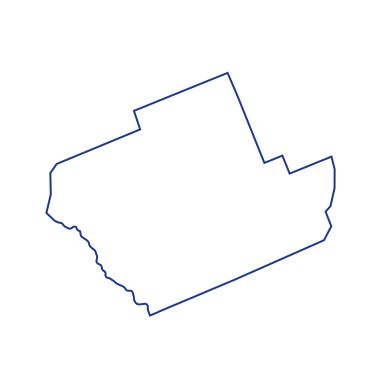 Jackson, Florida, United States of America (orthographic projection), rotated 157°
{"feature_id": "52423323B29299909449407", "entity_name": "Jackson", "entity_type": "district", "adm_level": 2, "iso_a3": "USA", "parent_name": "United States of America", "parent_adm1": "Florida", "projection": "orthographic", "projection_center": [-85.035, 30.783], "detail": "fine", "context": "isolated", "style": "outline", "palette": "blue", "viewbox_px": 384, "rotation_deg": 157, "n_neighbors": 0, "source": "geoboundaries", "source_scale": "gbopen_adm2", "svg_char_len": 1494}
<svg xmlns="http://www.w3.org/2000/svg" viewBox="0 0 384 384"><g transform="rotate(157 192 192)"><path d="M89.2,96.1L77.2,106.0L76.7,121.7L70.0,124.9L59.3,139.8L51.8,157.2L49.8,170.1L94.9,170.8L94.6,190.2L114.0,190.5L112.6,262.2L112.7,287.7L132.2,288.1L213.7,289.4L215.3,269.9L305.6,270.7L315.0,264.8L322.9,245.0L334.2,229.6L331.6,223.7L329.6,219.1L327.4,216.6L324.2,214.3L323.7,213.3L322.8,210.2L319.5,206.3L318.9,206.0L317.9,205.7L316.8,205.8L315.6,206.3L313.7,206.1L312.8,205.6L312.5,205.0L312.2,201.6L310.3,199.5L311.1,196.7L311.3,195.0L311.1,194.0L307.7,188.7L307.1,187.4L306.8,185.5L307.2,183.0L307.1,182.0L306.1,179.6L304.4,176.6L304.1,175.1L304.3,173.3L304.4,170.5L304.8,169.1L305.7,167.5L306.7,166.3L307.1,165.3L307.1,164.5L306.9,163.4L306.4,162.5L305.2,161.3L304.4,160.0L304.4,158.2L304.7,157.2L304.9,156.0L304.7,155.1L304.2,154.1L303.4,152.8L303.2,151.7L303.5,150.4L304.3,149.2L304.3,147.5L303.8,146.5L303.3,146.1L302.6,145.6L302.1,145.2L301.6,144.8L298.9,140.8L297.9,138.6L296.4,136.3L292.3,132.0L291.3,129.9L290.7,127.1L289.1,125.9L287.0,125.1L286.1,124.1L285.9,123.2L286.1,120.7L286.4,118.7L287.4,115.3L287.4,113.3L287.2,112.3L286.3,110.4L285.4,109.6L284.2,109.0L280.5,107.9L279.7,107.8L278.1,106.9L277.6,106.3L277.3,105.3L277.3,104.1L278.6,100.9L278.9,96.4L278.9,94.7L278.7,94.7L270.4,94.7L269.1,94.8L268.1,94.8L267.7,94.8L259.7,94.8L258.6,94.8L257.6,94.8L223.8,94.7L221.4,94.6L220.5,94.7L186.4,94.6L92.9,96.0L89.2,96.1Z" fill="none" stroke="#1e3a8a" stroke-width="2"/></g></svg>